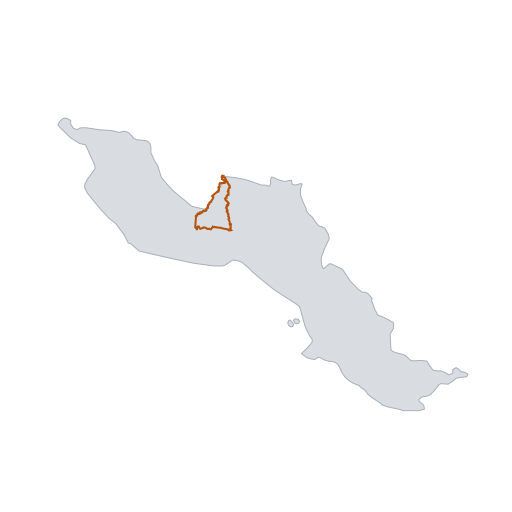 Dedza, Dedza, Malawi (highlighted), rotated 136°
{"feature_id": "42251766B66225457753973", "entity_name": "Dedza", "entity_type": "district", "adm_level": 2, "iso_a3": "MWI", "parent_name": "Malawi", "parent_adm1": "Dedza", "projection": "natural_earth1", "projection_center": [34.006, -14.237], "detail": "fine", "context": "in_parent", "style": "outline", "palette": "amber", "viewbox_px": 512, "rotation_deg": 136, "n_neighbors": 0, "source": "geoboundaries", "source_scale": "gbopen_adm2", "svg_char_len": 8442}
<svg xmlns="http://www.w3.org/2000/svg" viewBox="0 0 512 512"><g transform="rotate(136 256 256)"><path d="M200.5,301.1L197.7,296.7L195.4,297.8L192.3,300.9L190.6,301.7L189.7,301.6L189.1,300.8L188.4,298.9L186.0,293.3L183.2,289.3L180.3,287.7L178.0,285.9L179.0,284.1L180.1,282.8L179.6,281.5L178.3,279.6L173.2,276.8L173.1,275.6L177.6,273.2L180.5,270.3L182.4,267.5L184.9,261.5L186.9,255.5L188.4,253.6L188.9,249.6L188.5,245.1L189.5,239.4L190.0,233.9L188.5,231.8L187.2,228.2L188.7,222.0L191.1,217.7L202.5,213.3L210.5,209.3L212.2,207.5L214.9,204.1L216.4,200.7L215.3,199.7L209.1,199.6L207.5,198.3L203.0,186.5L205.5,173.0L205.7,167.7L205.6,161.1L204.8,156.3L202.8,154.3L201.6,151.7L201.9,144.7L203.8,143.9L207.8,134.5L209.5,129.0L207.4,124.7L205.1,118.4L204.0,114.4L203.4,113.1L205.0,110.6L207.7,108.3L210.7,107.6L213.9,106.5L224.0,94.9L224.1,92.6L222.2,88.7L218.5,82.9L217.7,80.5L217.2,73.4L215.7,71.3L210.2,66.6L206.0,61.6L207.3,56.6L208.0,51.0L205.9,48.0L202.8,44.8L200.8,40.2L200.0,36.8L197.5,35.5L195.2,35.4L193.6,37.5L191.8,37.4L189.6,36.6L188.9,33.7L188.8,30.4L187.3,28.3L185.9,25.3L185.7,23.7L186.6,23.2L188.5,22.9L196.6,29.0L201.5,29.3L206.9,30.4L211.6,35.7L214.0,36.4L217.1,35.7L225.9,35.1L229.5,35.9L234.0,39.0L235.8,39.5L238.7,39.6L239.2,38.7L239.5,36.9L239.0,33.2L239.6,31.1L241.3,28.9L246.2,31.5L258.2,43.2L258.5,44.7L266.2,56.2L268.7,61.1L268.7,63.7L271.0,73.8L271.6,78.6L271.0,82.2L271.1,85.1L272.1,89.2L271.7,90.9L274.5,97.0L275.8,102.1L276.1,107.0L275.3,111.9L272.9,118.9L272.5,121.8L273.0,124.4L274.5,127.2L277.1,130.2L279.1,133.9L280.4,138.2L281.6,140.1L282.9,140.1L285.5,140.7L287.6,143.2L290.0,147.4L290.8,152.3L291.1,154.3L284.3,154.2L275.6,155.0L273.5,156.9L272.9,161.1L270.2,169.8L268.7,172.9L265.5,178.8L261.0,187.0L260.0,189.7L260.2,192.4L262.8,203.6L265.6,215.3L266.5,219.9L268.5,235.5L269.5,246.5L269.7,253.0L270.6,261.7L273.1,266.4L275.7,269.3L285.4,271.1L288.3,273.2L293.8,278.8L305.8,294.0L312.4,303.8L318.2,312.4L328.6,328.3L336.6,340.7L337.6,352.3L338.9,354.0L336.2,362.6L334.4,376.6L335.6,385.8L335.1,401.6L333.6,418.4L331.7,424.4L329.3,426.6L323.7,428.4L311.3,430.5L309.5,432.5L307.9,435.8L305.4,443.5L302.4,451.3L301.5,454.7L302.0,455.4L304.7,459.4L307.3,469.6L307.7,487.0L306.8,488.3L303.2,489.1L299.2,488.9L297.6,487.9L296.2,485.9L295.1,482.2L297.7,479.6L298.6,475.1L297.0,471.2L293.6,470.3L289.5,466.7L280.5,455.1L273.0,446.9L268.7,440.1L264.2,437.4L263.0,435.7L261.9,432.9L261.9,428.7L262.3,425.7L260.9,422.3L256.4,417.0L254.3,414.1L254.2,410.6L256.1,407.2L260.0,403.1L262.9,394.7L263.9,389.3L269.4,378.5L270.1,369.0L270.3,361.5L269.9,355.9L268.5,344.3L267.6,336.3L260.9,325.9L258.7,324.9L252.3,325.8L246.8,327.3L244.1,329.5L240.0,329.6L229.3,331.4L225.9,332.2L224.0,334.1L222.9,334.5L216.1,326.4L210.2,317.7L202.6,302.9L200.5,301.1ZM278.7,186.4L276.9,186.9L275.8,185.8L276.0,182.6L276.7,180.3L278.5,179.9L279.7,180.5L280.6,181.6L280.6,183.3L280.1,185.1L278.7,186.4ZM274.7,180.6L273.7,183.8L271.5,183.7L269.5,180.9L270.2,178.7L272.1,178.0L273.8,178.8L274.7,180.6Z" fill="#d9dde1" stroke="#a8b0b8" stroke-width="1"/><path d="M270.0,306.5L269.6,306.6L269.2,306.6L268.5,306.8L267.7,306.7L267.0,306.9L266.7,307.1L266.3,306.0L266.1,305.9L265.7,305.8L265.4,305.3L265.2,305.1L265.1,304.9L265.0,304.6L264.9,304.2L264.0,303.7L263.4,302.6L262.9,301.9L262.5,301.5L261.8,301.0L261.6,300.7L261.5,300.1L261.4,299.7L261.1,299.5L260.7,298.9L260.6,298.6L260.2,298.1L259.8,297.4L259.7,297.3L258.7,296.2L258.6,295.9L258.5,295.6L257.7,294.6L257.6,294.1L257.9,293.7L257.9,293.4L256.6,292.2L255.9,291.8L255.9,292.1L255.7,292.7L255.1,293.7L255.2,293.8L255.2,294.0L254.7,294.0L254.4,294.2L254.1,294.2L253.6,295.3L253.3,295.4L253.2,295.5L253.3,295.9L253.2,296.1L253.1,296.4L252.9,296.1L252.6,296.1L252.3,295.9L252.2,295.9L252.0,296.2L251.9,296.4L252.0,296.5L252.1,296.2L252.3,296.2L252.3,296.3L252.1,297.4L251.7,298.4L251.4,298.6L251.0,299.3L250.8,299.5L250.7,300.1L250.6,300.4L250.3,301.6L250.2,301.7L250.0,301.8L249.5,301.7L249.2,301.7L249.1,301.8L249.0,302.1L248.9,302.1L248.5,302.7L248.5,302.9L248.4,303.2L248.4,304.0L247.8,304.2L247.5,304.5L247.4,304.8L247.3,305.2L247.1,305.4L246.8,305.4L246.8,305.5L246.7,305.6L246.7,305.9L246.5,306.4L246.6,306.5L246.4,306.9L246.3,307.1L246.4,307.4L246.2,307.7L246.2,307.9L246.1,308.5L245.6,308.6L244.9,308.3L244.6,308.8L244.7,309.2L244.6,309.4L244.7,309.6L244.4,310.0L244.1,310.4L244.1,310.8L243.9,311.0L244.0,311.4L243.5,311.5L243.2,311.8L243.1,312.0L242.9,312.1L242.6,312.1L242.4,311.9L242.3,312.1L242.3,312.3L242.1,312.5L241.9,312.4L241.7,312.6L241.5,312.1L241.3,311.9L241.2,311.9L240.8,311.9L240.8,312.3L240.6,312.4L240.5,312.6L240.2,312.6L239.7,312.7L239.4,312.7L239.2,312.7L239.0,313.0L239.3,313.5L239.1,314.0L238.8,314.2L238.8,314.3L238.9,314.9L238.8,315.5L239.0,315.8L238.9,316.0L238.8,316.4L238.8,316.6L238.8,316.9L238.9,317.1L239.0,317.2L239.0,317.3L239.0,317.5L238.9,317.7L238.7,318.0L238.6,318.4L238.4,318.4L238.2,318.7L237.9,318.7L237.4,319.0L237.1,319.0L236.9,318.9L236.6,318.8L236.5,318.6L236.3,318.9L236.1,319.1L235.8,319.2L235.6,319.2L235.4,319.5L234.9,319.6L234.7,319.7L234.3,319.6L234.2,319.7L233.8,319.4L233.6,319.1L233.3,319.0L232.9,319.5L232.7,319.7L232.7,319.9L232.6,320.0L232.4,320.3L232.2,320.4L231.7,320.6L231.7,320.8L231.5,321.1L231.4,321.2L231.4,321.5L231.5,321.6L231.4,321.8L231.5,322.0L231.3,322.1L230.8,321.7L230.5,321.9L230.5,322.2L230.4,322.2L230.4,322.4L230.3,322.6L230.1,322.7L229.8,322.8L229.5,323.1L228.9,323.3L228.7,323.5L228.3,323.5L227.8,323.7L227.7,323.4L227.4,323.3L227.3,323.6L227.1,323.6L226.9,323.8L226.9,324.0L226.7,324.5L226.5,325.2L226.3,325.3L226.1,325.1L225.9,325.5L226.0,325.7L226.0,325.9L226.0,326.3L225.9,326.5L225.8,326.8L225.7,327.1L225.8,327.3L225.8,327.7L225.7,327.8L225.7,328.3L225.5,328.8L225.3,329.1L225.1,329.1L224.9,329.5L225.6,330.3L225.4,330.7L225.4,330.8L225.5,331.0L225.4,331.1L224.7,331.5L224.4,331.9L224.3,332.9L223.9,333.6L224.3,335.1L224.3,335.4L224.1,335.7L223.8,336.0L223.6,336.2L223.7,336.3L224.0,336.5L224.4,336.7L224.4,336.8L224.4,337.1L224.6,337.3L224.9,337.2L225.4,337.0L225.5,336.6L225.8,336.5L225.7,336.2L225.7,335.9L225.8,335.8L226.3,335.3L226.6,335.0L226.9,335.1L227.1,335.0L227.1,334.8L227.0,334.4L226.7,333.9L226.4,333.0L226.4,332.6L226.7,331.7L226.7,331.2L226.6,330.8L227.0,330.5L227.6,330.2L227.9,330.3L228.0,330.4L228.3,330.8L228.7,331.1L228.9,331.5L229.3,331.5L229.6,332.0L229.9,332.3L230.2,332.2L230.9,332.6L231.1,333.1L231.1,333.5L231.3,333.5L231.6,333.3L232.0,333.3L232.6,333.0L233.3,331.9L234.3,331.0L234.6,331.0L235.1,331.6L235.3,331.6L235.7,331.2L235.6,330.4L235.7,330.2L236.4,329.5L236.6,329.4L236.8,329.4L237.1,329.0L237.2,328.9L237.5,329.1L237.9,328.7L238.3,328.5L238.5,329.0L239.2,329.0L240.1,329.2L244.5,329.5L246.0,329.6L245.9,327.9L246.0,327.8L246.1,327.7L247.9,327.1L248.1,327.1L248.8,326.9L250.2,326.7L250.4,326.6L250.6,326.2L251.0,326.4L251.3,326.6L251.6,326.6L252.4,326.8L252.7,326.6L253.0,326.4L253.1,326.1L253.4,326.0L253.6,325.8L253.8,325.7L254.3,325.8L254.8,326.1L255.2,326.1L255.4,326.0L255.7,325.7L256.0,324.9L256.5,324.7L257.0,324.1L257.5,324.6L258.4,324.2L258.9,324.2L259.4,324.1L259.5,323.9L259.6,323.7L259.8,323.6L259.9,323.4L260.3,323.5L260.7,323.4L260.9,323.9L261.0,324.0L261.5,324.1L261.6,323.9L261.8,323.9L261.9,324.1L261.9,324.6L262.2,325.1L263.0,325.0L263.5,325.2L264.2,325.3L264.3,325.1L264.2,324.8L264.2,324.7L264.3,324.6L264.5,324.7L264.7,324.8L264.8,325.2L265.0,325.3L265.4,325.2L265.4,325.6L265.6,325.8L265.7,326.2L265.9,326.3L266.4,326.3L267.1,326.4L267.2,326.0L267.2,325.7L267.3,325.5L267.4,325.4L268.2,326.2L268.3,326.4L268.1,326.7L268.4,327.0L268.6,327.0L269.0,326.6L269.4,326.7L269.8,326.3L269.9,326.1L270.1,326.0L270.2,326.3L270.7,326.5L270.9,326.5L271.2,326.7L271.4,326.7L271.7,326.6L271.8,326.5L271.9,326.3L271.8,326.1L272.0,325.8L277.0,321.4L277.4,321.0L278.6,320.0L279.0,319.5L279.7,319.0L279.8,318.9L279.8,318.7L279.7,318.4L279.8,318.2L279.8,317.9L279.5,317.2L279.7,316.9L279.3,316.9L279.2,317.0L279.2,316.9L279.1,317.0L278.7,317.5L278.3,317.5L277.9,317.7L277.5,317.6L277.3,317.6L277.1,317.5L276.7,317.0L276.8,316.8L277.0,316.7L276.9,316.5L277.1,316.3L277.1,316.0L277.2,315.9L277.1,315.7L277.3,314.6L277.3,314.3L277.0,314.0L276.3,313.9L275.3,313.5L274.8,313.4L274.7,313.1L274.3,313.2L274.1,313.1L273.2,312.4L272.9,311.8L272.9,311.6L272.6,311.4L272.5,311.2L272.6,310.8L272.5,310.5L272.3,310.2L272.3,309.7L272.2,309.5L272.2,309.3L271.8,308.8L271.5,308.5L271.3,308.5L270.6,308.1L270.5,307.6L270.0,306.5Z" fill="none" stroke="#b45309" stroke-width="2"/></g></svg>